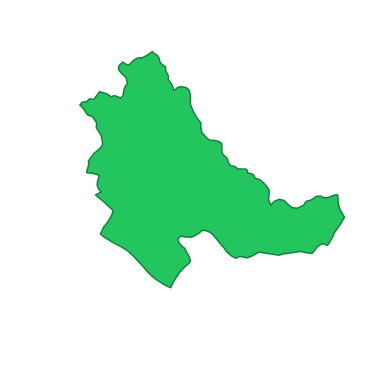 outline of Al-Amadiya, Dihok, Iraq, rotated 35°
{"feature_id": "34846034B75127748114443", "entity_name": "Al-Amadiya", "entity_type": "district", "adm_level": 2, "iso_a3": "IRQ", "parent_name": "Iraq", "parent_adm1": "Dihok", "projection": "albers", "projection_center": [43.505, 37.091], "detail": "fine", "context": "isolated", "style": "filled", "palette": "green", "viewbox_px": 384, "rotation_deg": 35, "n_neighbors": 0, "source": "geoboundaries", "source_scale": "gbopen_adm2", "svg_char_len": 3232}
<svg xmlns="http://www.w3.org/2000/svg" viewBox="0 0 384 384"><g transform="rotate(35 192 192)"><path d="M79.0,99.7L77.8,102.8L77.0,105.2L75.5,108.3L73.7,111.3L71.6,112.4L70.5,113.6L69.0,116.4L68.3,119.5L67.8,121.9L67.4,124.0L66.3,124.6L65.0,125.2L60.9,125.2L59.7,130.1L61.2,133.6L65.1,135.0L67.0,135.4L71.2,135.8L72.8,136.6L74.5,138.0L76.2,139.6L76.8,140.8L76.8,141.8L76.7,142.7L76.8,144.1L77.4,146.7L78.8,149.6L80.1,152.6L79.9,154.7L79.4,156.3L77.4,156.3L75.5,156.9L73.5,157.5L72.2,158.6L71.6,160.2L65.3,160.6L61.7,161.8L58.9,162.7L58.7,165.5L58.6,169.2L58.6,172.2L57.1,173.3L54.5,174.5L54.0,178.2L51.8,180.2L50.4,181.6L50.4,184.1L50.3,185.1L52.1,185.3L55.4,186.1L57.4,186.9L61.3,188.5L63.2,188.5L66.0,187.7L67.1,187.5L68.8,187.9L72.0,189.1L73.5,189.7L75.1,191.1L76.0,193.3L77.0,194.4L79.6,195.4L84.2,197.4L86.1,198.6L88.7,201.2L90.7,203.3L91.7,205.3L91.7,208.5L91.0,211.0L90.6,213.4L89.8,215.5L89.6,217.1L89.6,218.1L89.4,220.4L89.4,222.4L89.4,224.0L89.4,226.1L91.3,228.1L91.9,229.7L92.5,231.1L93.3,233.6L94.3,236.0L95.0,236.6L99.5,233.8L102.6,232.7L104.0,232.3L106.2,231.7L107.5,234.4L108.7,237.8L110.3,240.7L111.4,241.5L112.5,242.3L113.4,242.9L115.6,243.7L117.7,243.9L116.4,246.5L115.4,247.8L114.8,249.7L121.5,250.4L126.4,250.7L137.7,252.4L138.8,254.2L139.6,258.1L140.2,264.3L139.8,272.4L140.2,273.9L140.6,276.4L141.0,278.9L144.9,279.4L148.0,279.2L148.9,279.1L154.8,278.9L166.3,277.4L172.2,277.1L178.3,277.9L179.9,277.9L187.6,279.6L195.5,281.3L200.9,282.8L208.4,284.0L208.5,284.0L212.7,284.3L218.1,284.0L222.6,283.8L226.6,283.3L229.1,282.6L229.4,282.5L229.5,282.5L228.5,277.8L228.1,271.6L228.0,267.6L227.9,266.0L228.5,261.8L229.1,257.1L230.4,252.4L230.4,249.4L227.1,246.7L221.9,244.3L218.6,242.3L216.6,242.3L213.0,241.8L211.1,241.3L208.7,239.6L207.5,237.9L208.1,234.9L209.5,233.9L212.4,232.7L217.6,229.2L219.5,226.0L220.9,222.8L222.7,217.1L225.8,215.6L230.1,214.6L233.1,214.9L238.6,216.3L245.3,218.3L250.3,219.5L255.4,221.2L260.7,221.7L266.0,221.2L266.8,218.9L268.8,217.0L272.3,215.5L275.1,214.2L278.0,209.8L281.3,202.8L286.6,200.3L297.5,194.9L299.8,193.6L303.1,189.2L304.3,188.7L310.8,182.4L314.1,179.2L316.5,177.7L319.6,176.7L325.5,173.5L326.1,169.0L326.0,165.1L327.4,161.6L328.6,159.4L331.3,158.4L333.1,158.4L333.7,156.6L333.2,149.2L332.8,147.0L332.0,144.3L332.1,133.9L331.5,125.3L323.2,121.4L321.2,119.9L317.1,116.0L314.9,113.0L312.9,110.8L310.6,112.6L306.5,118.8L303.6,120.8L299.3,121.8L296.3,124.3L295.4,127.2L293.8,130.7L290.9,134.2L290.9,139.3L287.6,144.8L282.9,147.5L278.2,147.1L272.1,146.1L267.5,148.1L264.8,152.5L264.0,157.5L261.7,156.0L259.1,154.3L254.6,146.6L252.8,145.7L250.6,144.7L246.7,143.7L240.4,143.0L236.1,144.5L232.7,142.8L230.4,142.8L226.8,144.5L224.7,142.5L223.1,142.3L216.4,146.7L212.3,146.5L208.9,148.2L205.8,147.5L201.1,144.1L195.8,143.6L192.8,141.3L189.9,136.7L188.3,135.2L185.1,135.2L182.7,136.2L179.8,137.4L176.3,139.6L172.4,139.1L166.1,137.7L162.6,134.2L159.4,130.2L153.7,128.5L147.8,125.8L140.4,121.1L135.5,113.9L131.3,110.2L127.6,109.7L122.1,112.2L120.3,114.7L119.5,117.9L118.4,118.8L114.6,115.9L111.3,114.6L108.0,113.4L106.2,110.4L103.7,109.2L100.9,107.7L98.6,104.7L94.1,104.7L91.7,104.2L88.2,101.2L85.4,100.0L81.5,100.2L79.0,99.7Z" fill="#22c55e" stroke="#15803d" stroke-width="1.5"/></g></svg>